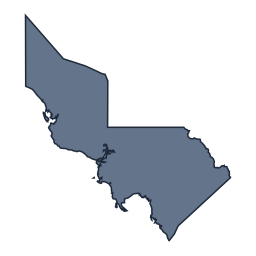 Kairuku - Hiri District, Central, Papua New Guinea (Albers equal-area conic projection)
{"feature_id": "67681753B66231451727699", "entity_name": "Kairuku - Hiri District", "entity_type": "district", "adm_level": 2, "iso_a3": "PNG", "parent_name": "Papua New Guinea", "parent_adm1": "Central", "projection": "albers", "projection_center": [147.055, -8.887], "detail": "fine", "context": "isolated", "style": "filled", "palette": "slate", "viewbox_px": 256, "rotation_deg": 0, "n_neighbors": 0, "source": "geoboundaries", "source_scale": "gbopen_adm2", "svg_char_len": 5933}
<svg xmlns="http://www.w3.org/2000/svg" viewBox="0 0 256 256"><path d="M25.5,15.4L25.7,86.1L26.2,86.6L28.0,87.2L32.0,89.1L33.9,90.9L37.1,95.2L41.0,99.2L41.8,100.6L42.2,100.8L42.7,100.2L42.8,101.0L42.5,101.5L44.8,103.2L46.4,107.9L45.7,111.4L46.1,111.2L46.2,110.2L46.7,109.9L47.9,110.9L47.9,111.5L49.4,109.5L48.6,111.6L49.7,111.8L50.9,112.7L51.3,114.0L51.0,114.7L51.7,114.8L51.8,114.0L52.1,114.1L52.0,114.7L51.4,115.3L51.9,116.2L50.2,117.3L51.0,118.2L51.9,118.4L52.6,119.1L52.8,118.5L54.1,118.6L55.0,118.0L55.6,117.1L55.7,115.8L56.2,117.0L56.2,118.0L57.2,116.4L57.5,115.0L58.1,114.4L58.3,114.5L57.7,115.3L57.4,117.4L56.1,118.9L56.3,120.2L56.1,121.2L55.5,122.0L54.5,122.4L54.6,123.5L53.5,124.1L52.9,123.5L51.9,123.4L51.2,123.0L50.9,123.0L50.0,126.1L49.1,126.4L49.1,127.2L48.6,127.8L49.3,129.0L49.8,129.1L50.1,130.4L51.6,131.9L52.2,133.3L51.9,134.0L51.8,135.0L51.2,135.5L51.2,136.1L53.6,139.8L54.0,140.6L54.1,142.3L54.8,143.6L56.7,144.2L57.6,145.6L58.3,146.0L59.1,146.1L59.9,147.6L61.1,148.2L66.2,148.6L68.3,149.8L71.5,149.9L72.2,150.1L73.7,151.0L75.3,151.0L76.4,151.6L77.4,151.5L78.1,151.1L79.5,151.0L82.3,152.0L83.8,153.1L84.6,152.8L84.1,153.1L84.2,153.4L86.0,154.8L87.4,156.7L89.4,157.2L91.6,158.6L95.3,159.9L97.6,159.9L97.9,159.8L97.8,159.5L100.2,158.2L100.4,158.2L100.6,158.8L101.3,158.6L103.3,157.4L103.7,156.3L104.5,155.8L106.0,152.6L106.0,151.8L104.9,150.4L103.9,150.1L103.5,150.6L103.6,149.9L104.1,149.8L105.5,150.4L106.1,149.0L107.2,148.2L106.6,147.4L106.3,146.0L105.2,145.5L103.8,145.8L103.8,144.9L104.4,145.2L105.4,144.5L105.9,145.6L106.3,145.3L106.0,144.6L106.8,145.1L106.6,145.7L106.7,146.7L107.8,148.2L106.9,149.8L107.7,150.6L108.5,150.2L109.2,150.7L110.0,150.4L111.0,150.5L111.7,150.9L112.0,152.0L112.3,150.6L113.2,150.2L113.3,150.7L114.0,151.1L114.5,152.1L114.2,152.1L113.0,150.7L112.7,150.8L112.0,152.4L111.6,152.0L111.6,151.4L111.0,150.9L109.5,151.1L108.9,151.9L107.4,152.5L107.2,153.0L107.6,153.4L110.3,153.4L110.3,153.7L106.9,153.9L106.6,154.4L106.7,155.2L106.1,156.4L106.3,157.2L106.2,157.8L105.7,157.2L104.1,158.7L100.8,160.5L100.8,160.8L101.7,161.4L103.4,161.6L104.3,162.2L105.4,162.1L105.2,162.4L101.6,162.3L100.4,161.6L99.1,161.7L97.7,160.9L96.6,161.2L96.3,162.8L96.5,163.2L99.1,165.8L99.4,165.8L99.9,164.0L100.7,163.4L100.2,164.2L100.8,164.7L100.8,165.4L100.0,164.6L99.8,166.1L99.2,167.1L98.6,167.1L98.5,170.2L97.9,172.0L97.7,173.8L98.4,173.8L98.5,174.0L98.0,174.3L97.8,175.3L99.0,178.1L99.8,178.7L100.6,178.8L101.0,177.7L101.7,177.4L101.9,177.9L101.6,179.3L101.4,178.6L101.6,177.7L101.1,178.0L101.1,178.6L100.8,179.1L99.7,179.1L99.3,181.3L97.5,181.0L97.3,181.5L99.1,182.8L100.9,183.4L101.5,183.1L101.3,182.6L101.7,182.1L101.7,181.5L102.4,181.4L102.9,181.7L104.4,181.7L106.7,182.5L109.3,184.2L110.0,183.1L110.4,182.8L110.7,183.0L109.7,184.0L109.7,184.9L111.2,186.8L111.4,188.4L111.3,189.0L111.6,189.7L111.5,190.8L112.1,193.0L111.7,193.2L112.1,193.5L112.6,193.2L112.3,196.9L113.1,198.7L113.9,199.0L115.1,198.8L115.9,199.3L116.9,201.5L117.0,202.4L115.9,203.5L115.9,204.1L116.2,204.7L115.5,206.2L115.6,207.0L116.4,207.6L117.0,207.3L117.0,206.0L116.5,205.3L116.6,204.6L116.3,203.7L116.7,203.0L117.2,203.0L119.1,205.0L119.5,205.6L119.5,206.7L120.1,207.0L120.6,208.2L121.1,208.5L121.8,209.7L122.5,209.7L122.1,208.8L123.0,209.1L123.4,208.8L124.1,208.8L124.5,209.9L124.4,210.4L124.1,210.6L123.6,210.3L123.4,210.6L124.4,211.3L127.0,210.7L121.9,206.2L121.4,204.9L121.5,203.1L121.9,202.6L124.5,202.8L124.5,199.0L128.5,197.7L133.6,193.8L138.5,193.3L138.9,193.9L139.6,193.5L139.8,193.9L139.5,194.0L139.4,194.7L139.9,194.7L139.6,195.1L140.1,195.2L141.0,196.4L141.8,196.6L141.8,197.3L143.1,197.3L143.1,197.6L143.5,197.6L143.6,197.4L144.1,197.4L144.3,196.3L145.3,196.0L145.1,196.5L145.7,196.7L146.0,197.9L146.6,198.2L146.9,198.1L147.1,199.1L147.3,199.0L147.6,199.4L147.6,199.0L148.1,198.9L148.1,198.6L148.7,198.9L148.7,201.1L150.7,200.3L150.0,203.5L151.6,207.5L152.0,209.3L151.8,209.7L151.9,212.2L151.9,213.1L152.3,213.7L151.9,214.7L151.5,214.6L150.9,215.4L150.7,216.1L152.0,217.5L153.3,217.9L154.0,219.3L154.9,219.3L155.3,218.8L155.6,219.5L156.3,219.8L155.8,220.7L155.5,220.3L155.2,220.5L155.4,221.6L154.7,222.8L155.5,222.6L156.3,222.8L156.8,223.2L157.0,223.8L159.1,224.2L159.8,225.5L161.1,225.5L161.6,225.7L161.5,226.7L159.9,226.8L160.1,227.4L159.9,227.9L162.7,230.5L162.9,231.4L164.4,232.7L166.1,233.8L167.2,235.8L167.6,238.2L168.2,238.8L168.7,240.2L169.2,240.6L174.3,234.1L178.1,225.9L230.3,177.8L230.5,177.2L229.6,176.5L229.1,175.1L229.5,174.4L229.2,172.7L229.4,171.4L228.3,170.4L228.0,169.7L228.1,169.2L227.2,167.9L226.8,166.6L224.2,166.6L224.2,165.4L223.0,165.9L221.7,165.8L221.0,166.8L219.0,168.0L217.1,167.4L216.2,167.9L214.3,167.3L214.3,165.8L213.9,164.4L214.3,161.4L213.3,158.8L212.7,158.4L212.1,157.5L210.3,156.7L210.3,155.7L209.5,153.3L208.2,152.3L208.5,150.7L208.2,149.3L207.2,148.7L206.4,148.9L206.0,148.7L205.7,147.4L204.7,146.8L204.7,145.9L204.2,145.3L201.7,142.6L200.4,141.6L200.4,139.7L200.1,139.3L196.3,138.9L194.2,137.9L193.1,138.9L190.1,138.5L188.4,137.0L188.0,136.4L187.7,133.9L188.4,133.1L189.4,130.7L187.5,130.6L187.3,129.9L185.1,128.9L183.8,127.3L107.6,127.3L107.8,81.0L105.1,74.3L101.9,73.6L85.8,66.1L63.4,58.8L25.5,15.4ZM47.7,121.7L47.5,121.3L47.8,120.9L47.8,120.5L48.6,120.1L48.7,119.7L48.4,118.5L47.3,117.3L45.8,116.5L44.8,113.0L43.4,112.4L43.3,113.0L43.5,113.9L44.8,118.2L45.8,120.1L47.1,121.7L47.7,121.7ZM108.9,151.0L108.7,150.4L108.4,150.4L108.0,151.0L107.2,151.0L107.0,151.3L107.3,151.7L108.9,151.0ZM101.3,161.4L100.6,160.8L100.4,160.9L101.0,161.5L101.3,161.4ZM151.0,218.2L150.7,217.3L150.6,217.8L151.0,218.2ZM98.5,168.5L98.3,166.8L98.2,166.8L98.1,167.3L98.5,168.5ZM99.3,159.3L98.9,159.1L98.6,159.5L98.9,159.6L99.3,159.3ZM94.3,177.9L94.2,177.5L93.6,177.9L94.3,177.9ZM151.8,220.0L151.6,219.2L151.4,219.7L151.8,220.0ZM99.3,161.1L99.1,160.8L98.5,160.9L99.0,161.2L99.3,161.1ZM103.2,161.9L102.3,161.8L102.2,161.9L102.5,162.1L103.2,161.9Z" fill="#64748b" stroke="#1e293b" stroke-width="1.5"/></svg>